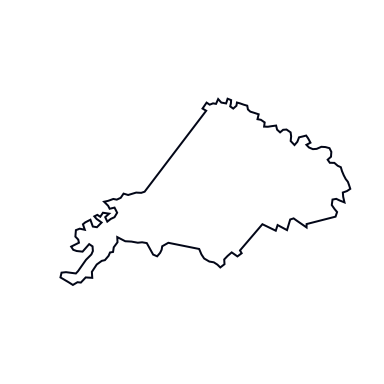 outline of Pranchita, Paraná, Brazil, rotated 162°
{"feature_id": "56859067B45409060945550", "entity_name": "Pranchita", "entity_type": "district", "adm_level": 2, "iso_a3": "BRA", "parent_name": "Brazil", "parent_adm1": "Paraná", "projection": "albers", "projection_center": [-53.701, -25.973], "detail": "fine", "context": "isolated", "style": "outline", "palette": "ink", "viewbox_px": 384, "rotation_deg": 162, "n_neighbors": 0, "source": "geoboundaries", "source_scale": "gbopen_adm2", "svg_char_len": 2240}
<svg xmlns="http://www.w3.org/2000/svg" viewBox="0 0 384 384"><g transform="rotate(162 192 192)"><path d="M313.4,141.2L311.9,147.0L305.0,152.5L299.1,154.4L295.9,154.1L291.0,157.1L288.7,159.8L285.6,159.4L283.5,163.6L278.4,167.2L277.0,172.2L270.7,165.8L265.0,163.6L259.2,160.5L255.0,159.6L250.8,157.4L248.3,144.5L245.0,141.6L241.1,144.0L238.7,146.5L237.1,149.6L230.2,151.0L202.8,135.6L202.3,129.7L201.0,125.0L197.0,120.5L193.0,118.4L190.3,115.1L188.4,111.5L183.4,113.3L182.2,117.9L177.9,120.2L172.9,122.3L168.7,116.7L163.7,118.4L164.4,121.6L135.0,139.6L124.3,129.3L120.8,134.1L113.4,126.4L107.1,135.5L103.5,135.5L101.7,133.0L94.0,122.9L92.9,126.1L63.1,124.2L60.2,128.1L61.7,131.8L63.1,136.4L60.7,141.4L56.9,140.9L54.3,138.4L50.2,135.0L49.7,140.7L48.7,144.9L44.3,145.0L40.5,146.1L40.5,150.2L40.6,153.5L41.8,156.8L42.5,160.9L42.9,165.5L42.8,169.6L45.3,171.9L47.6,175.7L51.9,177.2L53.0,180.8L48.9,182.6L47.1,187.1L47.7,191.2L51.2,193.5L55.0,195.0L60.1,194.5L63.8,195.4L67.0,198.2L68.6,201.5L64.1,202.3L65.0,207.2L66.0,210.4L69.5,210.6L73.3,210.9L76.3,207.2L80.0,205.0L82.4,210.0L80.5,214.3L79.8,218.2L82.8,222.2L86.1,223.0L89.8,221.5L91.8,225.0L91.5,229.2L95.9,230.0L99.7,230.6L103.2,231.9L101.4,235.7L104.2,239.4L107.2,241.0L104.6,245.3L108.7,248.3L111.7,250.4L113.3,253.2L112.8,257.0L115.9,259.1L119.0,261.5L121.6,263.2L123.1,260.3L127.0,258.6L129.2,261.6L127.6,264.3L126.4,267.3L129.3,269.7L132.2,265.7L136.5,268.0L138.4,272.3L141.9,268.4L144.6,269.8L148.2,269.6L150.5,272.5L156.2,268.1L153.4,264.9L202.0,231.2L237.0,206.9L240.6,206.9L245.3,208.7L253.7,208.9L257.6,211.6L261.6,208.5L265.9,208.0L269.0,209.7L274.6,209.5L278.6,209.9L276.0,204.8L275.5,201.5L270.5,201.1L269.6,195.4L273.5,192.0L277.5,191.5L281.7,190.0L282.3,194.9L277.5,197.0L283.1,199.8L286.9,196.8L289.1,199.5L292.4,199.0L291.1,195.9L287.4,190.9L293.3,187.9L297.0,189.8L297.2,197.0L302.9,196.1L305.7,195.0L305.6,189.2L310.1,191.8L314.2,191.6L316.7,185.6L314.9,181.9L315.2,178.7L323.8,177.4L322.8,173.7L319.9,171.5L314.5,169.1L305.9,174.2L303.4,171.0L304.5,166.5L307.0,163.7L313.7,160.3L324.9,151.9L327.6,150.4L336.6,154.7L341.0,155.6L343.5,151.4L336.8,143.8L334.0,140.4L328.8,141.6L325.7,140.2L319.5,143.6L313.4,141.2Z" fill="none" stroke="#020617" stroke-width="2"/></g></svg>